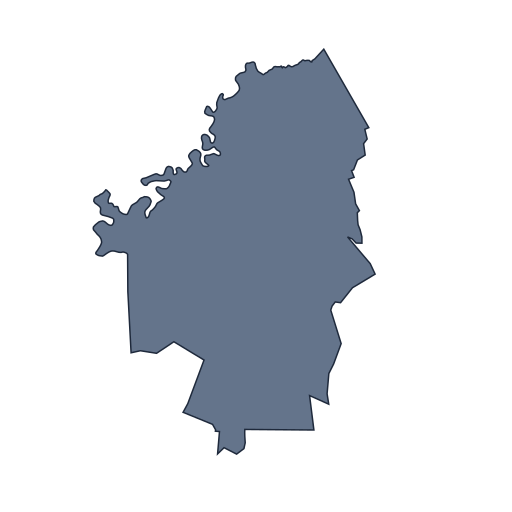 outline of Raxruhá, Alta Verapaz, Guatemala, rotated 249°
{"feature_id": "79465075B33979032902189", "entity_name": "Raxruhá", "entity_type": "district", "adm_level": 2, "iso_a3": "GTM", "parent_name": "Guatemala", "parent_adm1": "Alta Verapaz", "projection": "orthographic", "projection_center": [-89.998, 15.891], "detail": "fine", "context": "isolated", "style": "filled", "palette": "slate", "viewbox_px": 512, "rotation_deg": 249, "n_neighbors": 0, "source": "geoboundaries", "source_scale": "gbopen_adm2", "svg_char_len": 6161}
<svg xmlns="http://www.w3.org/2000/svg" viewBox="0 0 512 512"><g transform="rotate(249 256 256)"><path d="M335.4,407.3L424.8,393.4L418.9,381.5L418.3,378.5L417.9,378.1L417.3,377.9L417.2,377.6L417.5,376.9L418.2,376.4L419.4,375.9L419.9,375.0L420.4,373.6L420.7,371.8L421.0,371.3L421.9,370.6L422.2,369.9L422.0,369.1L421.3,367.6L421.1,366.2L420.8,365.4L420.2,364.7L420.0,363.9L419.9,363.1L420.0,361.1L419.9,359.7L419.6,358.5L419.9,357.0L420.4,356.4L422.2,355.0L422.4,354.4L422.3,354.0L421.8,353.6L421.6,352.7L421.3,352.1L421.3,350.9L422.3,350.1L422.8,349.5L422.8,349.0L422.3,348.0L422.7,347.8L424.0,347.8L424.3,347.5L424.1,346.5L424.2,345.6L424.8,344.4L425.0,343.5L425.8,342.3L426.1,341.3L426.1,340.4L424.7,338.0L424.6,334.8L423.4,332.3L423.4,331.0L423.2,329.9L422.8,328.9L422.7,328.0L422.9,327.5L424.4,326.5L426.0,325.2L427.4,324.2L428.2,323.9L431.1,323.5L432.7,323.7L434.3,323.8L435.8,324.1L436.6,324.0L437.5,323.6L438.1,322.9L438.4,321.8L438.5,318.7L439.0,317.5L439.2,316.7L439.1,316.0L438.2,314.9L437.3,314.3L436.0,313.8L433.8,313.4L433.0,313.1L431.9,311.8L431.8,310.8L432.3,307.1L432.2,306.0L430.8,301.9L429.9,300.9L428.5,300.2L427.2,299.9L422.8,301.1L420.4,301.1L418.6,300.8L416.7,299.7L415.3,297.3L414.3,295.0L413.3,292.3L413.0,290.2L413.0,288.4L413.3,286.8L413.1,283.0L413.9,281.9L414.7,281.5L415.7,281.6L417.2,282.4L417.9,283.1L418.6,283.3L419.6,282.8L419.8,281.8L419.1,280.0L417.1,277.7L413.3,274.4L411.3,273.5L408.4,272.9L407.2,272.0L405.8,270.0L405.4,268.9L405.4,267.8L405.9,267.2L410.5,266.2L412.1,265.6L413.1,264.5L413.2,263.5L410.4,260.8L409.1,259.8L407.5,259.5L405.8,260.7L404.3,262.0L403.5,263.3L402.8,264.7L401.8,266.0L400.5,266.6L398.4,266.3L396.6,265.1L394.8,263.1L392.7,260.0L391.9,258.6L390.8,257.7L389.4,257.4L387.3,258.1L385.9,258.9L384.8,259.9L383.4,260.6L381.9,260.7L380.5,260.0L378.5,258.5L377.3,257.2L377.0,255.7L377.6,254.8L378.6,254.4L382.8,255.0L384.4,254.6L386.4,253.6L387.5,252.3L388.1,251.1L388.1,249.8L387.5,248.5L386.6,247.8L385.1,247.2L383.6,247.0L382.1,247.0L380.5,246.8L379.1,246.2L377.5,245.2L376.3,244.6L375.3,244.5L374.4,244.8L373.3,245.8L372.7,247.1L372.2,248.8L372.1,250.6L372.3,251.7L372.8,253.8L373.0,254.9L372.9,255.6L372.7,256.2L372.2,256.5L369.8,257.2L369.1,257.5L367.0,259.2L366.2,259.6L364.7,259.6L363.6,259.2L363.1,258.7L363.0,257.9L363.1,257.1L364.0,255.9L366.4,253.7L366.8,253.0L366.9,248.6L367.8,245.9L367.8,244.9L367.4,244.0L366.8,243.5L365.7,243.1L364.8,243.0L363.9,242.5L363.0,242.1L362.1,242.1L361.2,242.4L358.0,244.2L357.4,244.3L357.1,243.9L357.0,242.9L357.4,241.6L358.3,239.8L359.2,238.8L360.3,238.4L363.5,237.9L364.7,237.9L366.0,238.2L367.3,238.8L369.7,240.5L370.7,240.9L371.6,241.1L372.8,240.9L374.2,240.3L376.6,238.4L377.0,237.3L377.1,236.5L376.9,235.1L376.3,233.2L375.5,231.2L374.7,230.1L374.0,229.3L373.1,228.9L371.7,228.8L366.4,229.7L365.5,229.8L364.8,229.5L364.0,228.7L363.3,227.4L362.0,224.1L361.3,223.1L360.4,222.6L359.5,221.0L359.7,219.9L360.2,219.0L361.1,218.4L362.8,217.7L364.4,217.3L365.1,216.9L366.1,216.0L366.5,215.0L366.4,213.5L366.0,212.7L365.2,212.4L363.6,212.4L362.4,212.2L361.7,211.8L361.2,210.9L361.2,209.4L361.5,208.6L362.3,208.3L363.7,208.6L365.4,209.3L366.5,209.4L368.3,209.3L369.5,208.6L370.4,207.4L371.0,206.4L371.0,205.3L370.7,204.3L369.8,203.2L365.5,199.5L365.0,198.6L364.9,197.5L365.3,196.0L365.7,195.2L368.2,192.9L368.6,191.8L368.7,190.1L368.4,181.5L368.8,178.7L368.9,177.7L368.4,176.6L367.9,176.0L367.0,175.6L366.1,175.6L363.5,176.4L362.2,177.2L361.6,178.1L361.3,178.9L361.3,179.4L361.4,180.0L362.5,181.3L363.0,184.0L363.0,185.1L362.5,188.4L362.1,189.9L358.9,197.1L358.6,199.1L358.5,201.5L358.1,202.3L357.1,202.9L356.1,203.3L355.2,202.8L354.2,201.8L352.6,200.3L351.7,199.1L351.0,197.4L350.9,196.3L351.7,194.4L352.6,192.5L353.5,191.4L354.3,190.8L355.4,189.6L355.8,188.8L355.7,187.8L354.6,186.8L353.0,186.8L351.3,187.1L347.4,189.1L344.8,191.0L343.8,191.4L342.9,191.2L342.3,190.3L341.7,188.0L340.9,183.4L340.5,182.4L338.2,179.8L337.0,177.7L336.1,175.8L335.6,173.8L334.9,172.8L332.2,170.7L331.4,169.9L330.9,169.1L330.7,168.5L330.7,167.7L331.1,167.2L334.3,167.3L336.0,167.6L337.2,168.1L338.5,169.5L340.8,174.1L341.8,175.4L344.4,177.6L345.4,177.8L347.1,177.6L348.4,177.2L349.7,176.2L350.5,175.0L351.4,173.0L351.2,171.3L351.4,169.5L351.1,168.1L349.3,164.8L348.8,163.6L348.1,159.2L347.6,157.8L346.3,156.3L341.3,151.1L341.1,150.3L341.5,149.2L342.1,148.2L342.8,147.2L344.2,146.0L345.9,144.9L347.2,144.4L350.4,144.6L351.4,144.6L352.0,144.0L352.7,141.7L353.1,141.1L354.9,141.0L355.9,140.8L356.9,140.2L357.5,138.8L357.8,137.7L358.3,137.3L359.6,137.4L361.1,138.0L363.3,139.7L364.7,141.2L365.5,141.8L366.5,142.0L367.9,141.5L371.1,140.1L371.6,139.5L370.6,137.9L369.7,135.9L369.3,134.6L369.3,132.7L368.7,131.1L368.4,127.1L367.9,125.9L366.7,124.9L365.2,124.2L362.9,124.8L361.1,126.1L358.5,127.6L356.9,128.1L355.5,127.8L352.9,126.4L351.1,126.1L349.4,127.1L345.7,132.3L342.6,135.8L341.3,136.3L339.4,135.7L338.2,135.0L337.4,134.1L336.6,133.0L336.5,132.0L336.8,131.1L337.6,130.0L338.9,128.9L341.7,127.4L342.9,126.5L343.7,125.4L344.1,122.9L344.1,121.5L342.7,117.2L341.4,114.7L340.3,114.0L338.7,113.7L335.7,114.8L333.1,115.6L331.3,116.5L329.2,117.2L327.2,117.4L325.2,117.1L323.9,116.7L322.3,115.4L320.7,113.6L318.1,110.1L316.8,108.0L316.0,107.4L315.0,107.4L313.4,108.7L312.6,109.6L310.9,112.7L311.0,113.9L311.9,117.4L312.4,119.9L312.5,122.1L312.3,123.4L311.4,125.5L308.7,129.2L308.1,130.4L307.7,131.3L307.5,132.9L307.2,133.7L306.2,135.0L305.3,135.9L304.6,136.4L303.5,136.7L268.7,123.6L210.4,104.7L209.0,114.1L200.8,128.3L205.4,148.6L177.5,170.2L142.6,139.4L136.2,131.9L114.4,155.1L108.2,156.0L107.0,155.3L105.2,159.0L85.0,149.2L88.5,157.5L78.0,166.9L80.5,175.7L85.5,179.0L91.6,180.9L95.5,182.3L98.1,183.4L72.8,247.7L106.5,256.0L91.6,270.8L101.9,273.0L120.2,281.9L127.4,289.8L143.7,304.1L178.7,306.4L182.0,309.1L184.7,313.5L182.1,318.2L191.8,334.7L196.4,360.7L207.9,359.9L241.0,348.3L237.5,351.9L232.2,354.1L230.0,359.5L235.9,361.7L243.2,362.6L248.6,362.5L252.7,363.6L260.1,366.1L261.3,368.8L269.0,367.7L280.4,370.3L294.5,369.9L294.3,375.8L301.5,375.8L301.5,378.0L309.3,385.1L311.1,394.1L322.3,396.7L325.4,401.7L335.3,403.0L335.4,407.3Z" fill="#64748b" stroke="#1e293b" stroke-width="1.5"/></g></svg>